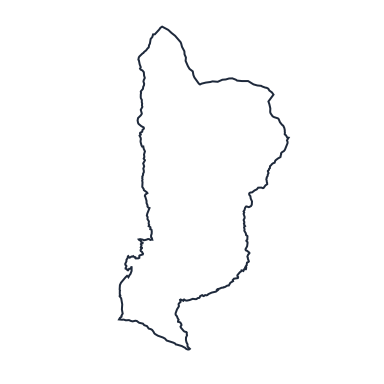 the district of Portovelo, El Oro, Ecuador, rotated 283°
{"feature_id": "8360857B9604201024636", "entity_name": "Portovelo", "entity_type": "district", "adm_level": 2, "iso_a3": "ECU", "parent_name": "Ecuador", "parent_adm1": "El Oro", "projection": "albers", "projection_center": [-79.532, -3.74], "detail": "fine", "context": "isolated", "style": "outline", "palette": "slate", "viewbox_px": 384, "rotation_deg": 283, "n_neighbors": 0, "source": "geoboundaries", "source_scale": "gbopen_adm2", "svg_char_len": 6052}
<svg xmlns="http://www.w3.org/2000/svg" viewBox="0 0 384 384"><g transform="rotate(283 192 192)"><path d="M151.5,257.9L154.9,257.6L155.7,257.3L156.3,256.2L156.9,255.9L158.0,256.6L161.4,256.0L161.7,255.7L162.2,254.4L163.9,253.7L166.0,251.7L167.5,251.6L169.2,250.7L169.9,250.8L170.7,251.4L171.6,250.2L172.5,250.2L172.9,249.7L174.4,249.8L176.3,248.6L178.4,249.1L179.5,248.9L182.3,247.2L183.7,247.5L184.7,246.6L186.0,247.2L188.6,247.3L190.0,247.9L190.2,248.4L190.0,250.7L190.2,251.1L191.5,252.6L193.0,253.1L196.3,252.6L198.8,250.7L201.1,249.8L202.0,248.6L202.9,248.1L203.4,248.1L204.0,248.3L204.6,249.0L205.2,250.7L207.6,252.6L209.1,254.5L211.1,255.5L211.9,258.5L211.7,260.2L212.0,260.8L215.0,262.1L216.5,263.5L217.9,263.1L218.6,262.6L219.7,262.3L221.2,261.5L222.4,261.7L223.0,261.5L224.7,262.1L225.9,261.9L227.7,262.3L229.1,261.3L229.7,261.2L230.9,262.0L232.0,261.9L232.7,262.5L234.7,262.2L236.0,263.1L237.0,263.5L238.3,264.6L239.1,265.9L241.2,266.1L241.8,266.4L244.0,268.2L245.9,270.3L246.2,270.4L247.5,270.2L248.6,270.4L249.5,270.1L250.1,270.2L251.2,270.9L252.5,272.3L254.0,273.0L261.0,274.1L262.2,273.9L263.7,272.9L266.6,273.9L266.5,272.5L268.4,270.8L268.9,269.6L269.2,269.3L270.7,269.2L272.0,268.7L273.1,268.5L275.2,267.5L277.1,266.0L277.8,264.5L279.8,262.0L282.5,260.1L283.1,259.1L283.4,255.2L283.9,253.5L286.3,250.9L287.5,250.2L291.1,249.5L295.0,247.6L297.4,246.1L305.2,249.5L307.0,247.5L308.3,244.5L309.8,243.1L310.3,241.3L310.2,239.9L310.6,236.7L311.0,235.5L310.5,231.7L310.7,227.7L312.7,221.8L311.3,215.5L310.7,210.9L311.3,209.4L311.8,205.7L310.9,202.5L309.3,199.7L308.2,196.3L305.2,192.3L304.4,187.1L303.3,185.1L301.7,180.8L299.7,176.9L298.6,175.6L299.1,174.3L304.1,168.6L306.2,167.1L309.7,165.6L311.4,161.9L313.7,159.7L318.3,156.3L321.7,155.8L324.4,153.8L327.4,152.9L331.2,149.6L334.3,148.0L335.5,147.1L340.4,140.4L342.4,136.2L344.6,132.4L346.4,125.7L344.9,124.3L342.9,123.5L337.3,120.3L336.8,118.6L334.2,118.5L331.8,117.3L327.1,117.6L325.3,117.1L323.5,117.3L322.9,117.2L322.1,116.5L319.6,115.4L317.8,113.9L316.4,113.3L316.0,112.7L312.3,110.3L311.2,109.9L308.8,110.0L308.4,110.6L304.6,112.3L302.4,113.8L301.8,114.0L300.5,113.6L299.7,114.5L299.3,116.3L297.9,118.1L294.7,119.1L292.6,120.3L292.0,120.3L290.8,119.9L289.1,119.8L288.6,119.9L286.8,121.0L285.2,121.2L283.6,120.8L281.5,121.0L278.7,119.6L278.2,119.5L277.1,120.1L275.8,120.1L272.9,120.7L271.9,121.1L270.4,122.4L268.1,122.9L267.1,123.5L264.9,123.8L263.8,124.5L260.5,123.6L257.3,125.4L256.6,125.4L255.2,124.9L251.9,122.8L249.5,122.9L247.2,123.9L246.3,124.7L244.7,127.9L244.1,130.3L243.4,130.8L242.8,130.8L241.3,129.8L239.5,129.9L238.1,128.2L237.3,128.2L236.9,128.9L236.4,129.2L235.8,128.5L235.1,128.2L233.1,129.9L231.9,130.3L230.0,130.4L229.1,130.7L225.9,132.4L225.0,133.3L225.4,134.3L223.3,135.2L221.0,137.0L217.7,136.8L215.4,137.7L213.6,137.4L212.7,138.7L212.2,139.0L208.9,138.0L206.3,139.6L203.8,139.3L202.1,140.2L200.5,140.6L198.7,140.2L197.7,140.5L195.6,140.1L195.2,140.4L194.2,140.4L193.1,141.0L191.8,140.9L190.4,141.6L185.8,142.4L184.1,144.2L183.0,144.7L181.6,148.0L180.9,148.8L179.1,147.2L178.0,146.9L177.4,147.0L176.8,147.6L173.1,149.7L171.0,150.2L169.1,151.6L167.8,151.9L167.0,152.9L166.8,154.2L161.0,153.3L158.8,153.3L157.6,154.4L155.6,154.7L153.7,156.6L151.3,156.9L150.3,157.7L149.0,157.4L148.4,159.3L148.1,159.5L146.4,159.7L146.4,160.4L146.0,161.1L144.4,161.7L142.2,162.1L140.6,161.9L138.8,162.3L138.0,163.3L136.6,164.0L136.5,163.2L135.9,162.2L136.4,161.0L136.3,159.8L135.2,158.2L134.1,155.9L134.5,154.7L134.4,152.1L133.8,150.8L133.4,151.3L133.6,152.9L133.2,153.2L132.3,153.2L131.3,155.4L130.8,155.3L130.4,154.2L129.7,153.9L128.5,154.8L126.4,154.5L126.1,154.8L126.3,155.8L126.0,155.9L124.3,155.0L123.5,155.0L122.9,155.4L122.3,156.9L121.5,157.4L121.0,158.1L120.1,158.1L118.4,155.2L118.0,155.0L116.0,155.5L115.3,154.7L114.6,152.0L114.8,151.7L115.4,151.7L115.7,151.5L115.8,149.9L116.3,149.1L115.7,148.6L115.5,147.6L114.0,146.1L114.1,145.5L115.2,144.3L114.8,144.0L113.1,144.1L111.3,143.4L109.6,143.7L106.9,143.1L106.1,143.4L105.4,144.6L104.8,144.8L103.0,144.4L102.4,144.5L102.1,145.9L101.3,146.7L101.3,147.3L103.1,148.1L103.5,149.5L106.0,149.9L101.5,150.9L98.3,150.5L96.9,149.8L94.7,149.2L95.3,148.5L95.7,147.6L94.1,146.5L87.6,143.2L85.1,142.7L80.9,143.4L80.1,143.7L79.9,144.0L78.9,144.0L76.2,144.6L75.0,145.5L74.6,145.4L74.5,144.9L74.2,144.9L72.5,146.9L66.8,149.3L61.8,150.1L57.9,151.8L55.6,151.1L54.7,151.4L53.1,150.1L51.4,149.6L51.8,152.6L52.3,154.1L52.1,156.4L53.0,159.4L52.6,161.6L52.6,163.3L53.8,165.7L53.9,167.2L52.7,169.9L52.7,173.8L51.5,175.4L51.2,178.3L49.2,180.5L49.1,182.7L48.7,184.1L47.3,185.8L45.8,187.1L45.3,188.0L44.3,191.1L43.7,196.4L43.1,198.6L41.6,200.7L41.0,207.9L40.6,209.5L39.8,210.6L39.9,211.4L39.6,216.7L38.6,220.4L37.9,221.5L37.6,223.2L37.8,224.3L38.3,224.9L38.7,225.2L40.3,222.6L40.8,222.3L42.6,221.9L44.2,220.5L46.4,219.4L48.8,218.9L51.4,219.4L52.4,218.8L53.8,218.6L54.3,218.0L54.3,216.1L54.7,215.2L57.4,211.6L58.3,211.1L59.8,211.7L60.7,211.4L62.2,210.0L62.4,209.1L62.4,207.6L63.1,207.4L64.5,207.7L65.7,206.5L67.5,205.3L68.6,203.8L69.2,203.5L70.2,203.3L74.3,203.8L77.4,204.9L78.0,204.9L79.4,204.2L80.2,204.2L82.4,205.6L84.2,204.6L84.7,205.1L84.1,208.0L85.2,208.1L85.5,208.5L84.9,210.0L85.0,211.4L86.2,214.0L88.1,216.8L88.3,219.2L88.7,220.5L89.8,221.3L90.5,222.9L91.0,223.2L92.4,223.4L93.8,225.1L93.7,225.6L93.2,226.2L93.2,226.8L94.5,228.0L94.6,229.4L95.1,230.3L96.1,230.8L98.4,233.8L100.3,237.7L102.5,239.5L102.7,239.4L102.7,238.5L103.1,238.7L103.9,240.4L105.4,242.4L105.8,243.8L106.4,244.3L106.6,245.2L108.7,247.4L109.2,248.9L112.2,249.8L114.4,252.1L115.3,251.5L117.0,252.4L118.4,256.0L119.5,256.1L120.5,255.0L121.3,255.0L124.6,256.7L126.0,257.9L126.8,257.9L126.9,258.5L126.6,259.8L128.5,260.2L128.9,261.9L129.5,261.9L129.9,261.0L130.4,260.7L130.9,260.9L131.1,261.6L132.0,261.2L133.0,261.8L133.5,261.6L135.6,261.5L136.6,262.8L137.2,263.0L139.5,261.5L140.5,261.2L141.4,260.5L141.8,260.5L143.7,260.8L145.1,261.7L145.5,261.7L145.8,261.5L147.1,258.8L147.2,257.8L147.6,257.3L148.3,257.0L151.5,257.9Z" fill="none" stroke="#1e293b" stroke-width="2"/></g></svg>